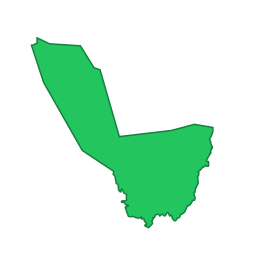 the district of Dolores, Copán, Honduras, rotated 172°
{"feature_id": "27666195B68227571253463", "entity_name": "Dolores", "entity_type": "district", "adm_level": 2, "iso_a3": "HND", "parent_name": "Honduras", "parent_adm1": "Copán", "projection": "robinson", "projection_center": [-88.864, 14.902], "detail": "fine", "context": "isolated", "style": "filled", "palette": "green", "viewbox_px": 256, "rotation_deg": 172, "n_neighbors": 0, "source": "geoboundaries", "source_scale": "gbopen_adm2", "svg_char_len": 5088}
<svg xmlns="http://www.w3.org/2000/svg" viewBox="0 0 256 256"><g transform="rotate(172 128 128)"><path d="M212.1,223.4L205.2,184.8L176.4,112.1L148.2,87.1L148.3,86.5L148.5,85.8L148.7,85.3L149.1,84.7L149.1,84.2L149.0,83.8L148.4,83.4L148.1,83.0L147.7,82.3L147.6,81.9L147.6,81.4L147.6,80.6L147.6,79.8L147.4,77.7L147.3,76.6L147.3,75.4L147.4,74.6L146.7,74.3L146.2,74.0L146.0,73.8L145.9,73.6L145.7,73.2L145.7,72.3L145.9,71.0L145.9,70.1L145.9,68.4L145.9,68.0L145.8,67.6L145.3,66.8L145.1,66.5L144.9,66.2L144.7,66.0L144.4,65.8L144.2,65.8L143.9,65.8L143.7,66.1L143.7,66.3L143.8,66.7L143.8,67.0L143.8,67.3L143.7,67.6L143.4,67.9L143.0,68.2L142.6,68.4L142.3,68.0L142.1,67.6L141.4,64.9L141.1,64.2L140.5,63.8L139.8,63.3L138.8,62.5L138.8,62.4L138.8,62.2L138.9,61.7L139.1,60.7L139.3,59.1L139.4,58.4L139.3,57.7L139.4,57.3L139.5,57.0L139.6,56.7L139.9,56.6L140.0,56.5L140.9,56.3L141.4,56.3L141.7,56.3L142.2,56.3L143.2,56.7L143.7,56.7L144.0,56.6L144.3,56.4L144.6,56.1L144.8,55.9L144.8,55.7L144.7,55.5L144.5,55.4L144.1,55.2L143.3,54.9L142.5,54.8L142.3,54.7L142.1,54.5L141.8,53.9L141.0,52.5L140.8,52.2L140.6,52.0L140.3,51.8L140.0,51.8L139.6,51.7L139.2,51.8L138.7,51.7L138.6,51.4L138.5,51.2L138.6,50.9L138.7,50.7L138.9,50.6L139.2,50.5L139.8,50.5L140.9,50.3L141.2,50.1L141.7,49.9L141.8,49.8L141.9,49.6L141.9,49.4L141.7,49.0L141.4,48.3L141.3,48.1L141.2,47.4L141.2,46.2L141.1,45.3L140.9,44.5L140.6,43.4L140.3,42.5L140.1,41.1L140.0,40.8L139.9,40.6L139.7,40.4L139.2,40.1L138.9,40.0L138.2,39.8L137.7,39.8L136.7,39.8L136.2,39.7L135.3,39.6L134.9,39.5L134.3,39.2L133.2,38.5L132.4,38.1L131.5,37.7L130.6,37.4L130.2,37.3L129.6,37.3L128.5,37.4L128.3,37.5L128.0,37.6L127.6,38.1L127.3,38.1L127.2,37.9L127.1,37.7L127.1,37.0L127.2,36.3L127.2,36.1L126.5,36.0L125.9,36.1L125.5,36.1L125.1,35.9L124.8,35.7L124.7,35.4L124.7,35.2L124.7,34.9L124.9,34.5L124.9,34.2L124.7,33.6L124.4,33.1L123.8,32.2L123.3,31.5L123.0,31.1L122.9,30.7L122.9,30.3L123.1,30.1L123.2,29.9L123.5,29.8L124.0,29.9L124.3,29.8L124.6,29.5L124.8,29.3L124.9,29.0L124.9,28.9L124.7,28.6L123.3,27.6L122.9,27.4L122.1,27.0L121.9,26.9L121.7,26.7L122.0,26.1L120.0,27.6L117.8,29.3L117.4,29.6L117.2,29.9L117.1,30.1L117.0,31.2L117.1,31.7L117.3,32.2L117.3,32.5L117.1,32.8L116.7,33.4L116.4,33.7L116.0,33.9L115.9,34.1L115.8,34.4L115.9,34.9L115.9,35.2L115.8,35.6L115.7,35.8L115.4,35.9L115.2,35.5L115.0,35.4L114.9,35.4L114.6,35.5L114.2,35.8L114.0,36.1L113.8,36.4L113.6,37.1L113.2,37.5L112.8,37.9L112.4,38.2L112.0,38.3L111.7,38.4L111.2,38.4L110.7,38.4L110.1,38.2L109.8,38.1L109.6,37.9L109.4,37.6L109.3,37.3L109.2,36.9L109.1,36.7L108.9,36.5L108.7,36.5L108.4,36.6L107.5,37.2L106.7,37.7L106.2,37.9L105.8,37.7L105.2,36.9L104.4,36.1L104.2,35.9L103.9,35.8L103.6,35.9L103.2,36.1L102.1,37.5L101.3,38.5L101.0,38.7L100.7,38.9L100.4,38.8L100.3,38.7L100.0,38.3L99.5,36.6L99.1,35.7L98.9,35.2L98.7,35.0L98.3,35.2L98.2,35.4L98.1,35.6L97.9,35.7L97.6,35.6L97.4,35.6L97.2,35.3L97.0,35.1L96.9,34.8L96.8,34.5L96.9,33.4L96.7,32.8L96.5,32.2L96.3,31.7L96.1,31.2L95.8,30.7L95.3,30.1L94.8,29.7L94.6,29.6L94.4,29.5L94.2,29.5L93.4,29.9L92.9,30.3L92.6,30.7L92.1,31.5L91.8,31.8L91.6,32.0L91.2,32.1L90.9,32.2L90.7,32.1L90.3,32.0L90.0,32.0L89.8,32.1L89.6,32.2L89.4,32.4L88.9,33.2L88.2,34.5L87.9,34.9L87.7,35.0L87.1,35.1L86.5,35.3L84.9,36.1L84.2,36.5L83.9,36.7L83.5,37.1L83.1,37.7L81.8,39.6L81.4,40.2L81.1,41.0L80.9,41.3L80.4,42.0L79.7,42.8L79.4,42.9L79.0,42.7L78.7,42.7L78.2,42.8L77.8,43.1L77.4,43.3L76.9,43.7L76.0,44.6L75.3,45.5L74.6,46.5L74.2,47.0L73.9,47.2L73.5,47.3L73.2,47.3L72.7,47.2L72.2,47.3L72.0,47.5L71.8,47.8L71.6,48.4L71.4,48.9L71.4,49.6L71.4,50.2L71.9,54.0L71.8,54.3L71.7,54.5L71.1,54.7L70.9,54.8L70.7,55.0L70.4,55.5L70.3,55.9L70.3,56.3L70.4,56.8L70.4,57.1L70.3,57.3L67.2,62.0L66.5,63.1L66.2,63.8L66.1,64.2L66.0,64.6L66.0,64.9L66.1,65.4L66.1,65.8L66.1,66.4L65.8,68.3L65.8,68.9L65.8,69.7L65.8,70.2L65.7,70.4L65.6,70.6L65.1,70.8L64.9,70.9L64.8,71.1L64.6,71.6L64.4,72.2L64.2,73.2L64.1,73.7L64.1,74.1L64.2,74.3L64.3,74.4L64.6,74.6L64.6,74.8L64.4,75.0L63.6,75.5L62.5,76.2L61.0,77.3L60.6,77.6L60.0,78.4L59.5,78.7L59.3,78.7L58.9,78.7L58.7,78.7L57.1,79.6L56.5,79.9L56.3,79.9L56.0,79.6L55.5,79.4L55.0,79.2L54.4,79.0L54.0,79.0L53.8,79.0L53.6,79.2L53.5,79.4L53.3,80.3L53.1,81.5L53.0,83.0L53.0,83.5L53.3,83.8L53.7,83.7L53.9,83.7L54.1,83.8L54.3,83.9L54.5,84.2L54.7,84.6L54.8,84.7L54.7,85.0L54.6,85.4L54.3,85.9L52.1,88.7L50.7,90.6L50.5,90.9L50.4,90.9L50.2,91.0L50.0,90.9L49.8,90.9L49.7,91.0L49.7,91.3L49.9,91.6L49.9,91.9L49.8,92.1L49.4,92.4L49.3,92.7L49.3,93.0L49.4,93.4L49.4,93.6L49.4,93.9L49.4,94.1L49.2,94.3L48.7,94.6L48.6,94.9L48.5,95.1L48.6,95.5L48.5,95.9L48.4,96.0L48.1,96.2L47.8,96.1L47.5,96.1L47.4,96.2L47.3,96.4L47.2,96.7L47.2,97.1L47.2,97.5L47.3,98.1L47.5,98.9L48.0,100.0L48.1,100.3L48.1,100.7L48.2,101.3L48.1,102.5L48.1,103.5L48.2,103.9L48.3,104.3L48.8,105.1L48.8,105.3L48.8,105.6L48.7,105.8L48.6,106.1L47.8,106.9L47.5,107.3L47.0,108.0L45.3,110.8L44.9,111.7L44.6,112.6L44.3,113.6L44.1,115.2L43.9,116.7L61.7,122.4L85.4,119.5L137.8,120.7L147.6,189.6L153.3,192.4L163.7,216.0L194.0,222.3L205.5,229.9L206.3,224.4L208.4,224.2L210.2,223.3L212.1,223.4Z" fill="#22c55e" stroke="#15803d" stroke-width="1.5"/></g></svg>